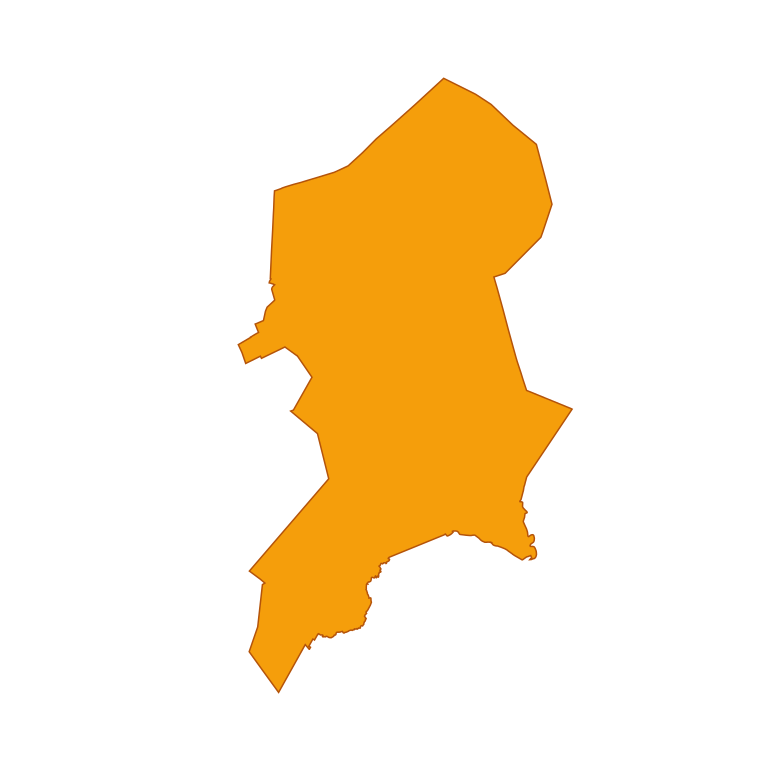 Hellendoorn, Overijssel, Netherlands, rotated 148°
{"feature_id": "6326949B74345201863020", "entity_name": "Hellendoorn", "entity_type": "district", "adm_level": 2, "iso_a3": "NLD", "parent_name": "Netherlands", "parent_adm1": "Overijssel", "projection": "mercator", "projection_center": [6.481, 52.39], "detail": "fine", "context": "isolated", "style": "filled", "palette": "amber", "viewbox_px": 768, "rotation_deg": 148, "n_neighbors": 0, "source": "geoboundaries", "source_scale": "gbopen_adm2", "svg_char_len": 5955}
<svg xmlns="http://www.w3.org/2000/svg" viewBox="0 0 768 768"><g transform="rotate(148 384 384)"><path d="M171.4,611.6L210.4,604.3L243.2,598.7L260.5,596.0L268.6,594.1L279.3,591.6L298.9,588.0L314.1,589.9L348.7,599.3L354.9,601.2L363.1,603.4L366.6,604.2L367.5,604.2L372.1,605.2L374.5,605.8L378.1,600.8L384.6,591.2L387.5,587.1L396.9,573.5L408.2,557.4L424.6,533.6L424.2,533.0L425.9,532.1L426.6,531.8L427.8,530.6L426.8,529.6L425.9,528.5L425.2,527.7L424.2,526.1L426.8,525.5L427.5,525.2L428.4,524.6L429.1,523.7L432.0,513.6L432.4,513.0L442.4,511.1L445.9,508.6L452.4,501.9L452.8,501.7L461.5,503.1L463.1,494.2L466.6,494.4L472.2,494.5L472.2,494.2L486.7,494.6L487.8,485.9L490.4,474.7L474.1,473.1L474.3,470.7L453.2,468.4L448.4,467.9L442.8,454.0L442.6,454.0L441.5,427.9L474.6,409.9L477.5,410.5L466.7,377.2L481.1,332.9L597.3,296.7L592.4,284.2L590.5,278.3L593.4,278.3L619.6,245.2L620.1,244.7L640.2,228.4L638.7,205.4L636.8,178.3L588.9,204.7L588.0,198.7L587.8,198.6L585.8,199.7L585.9,200.0L586.2,200.4L586.7,201.4L579.5,205.4L579.0,204.7L578.6,203.7L572.9,206.8L572.7,206.6L572.0,207.0L571.6,206.5L571.3,206.0L571.1,205.3L570.7,204.7L569.3,203.9L569.1,203.7L569.0,203.4L569.1,202.9L569.2,202.7L569.9,202.6L569.9,202.2L569.8,201.9L568.8,201.4L567.9,200.8L567.5,200.5L566.8,200.7L566.2,200.3L565.7,199.6L565.2,198.5L564.7,197.9L563.8,197.2L563.2,196.8L560.4,196.7L559.5,197.3L559.2,197.4L558.6,197.0L558.0,196.9L557.4,197.2L556.7,198.0L556.4,198.2L556.0,198.4L555.7,198.4L555.4,198.4L552.8,196.9L551.5,196.7L551.1,196.5L550.6,196.1L550.3,196.1L550.3,195.9L550.4,195.1L550.3,194.4L549.6,193.9L548.8,194.0L547.7,193.6L547.0,193.4L546.7,193.4L545.5,193.2L544.4,193.3L543.7,193.1L542.6,192.9L542.2,192.7L541.7,192.0L541.6,191.9L541.0,191.9L540.2,191.7L539.7,191.4L539.3,191.5L539.0,192.0L538.8,192.0L538.4,191.7L537.6,190.9L536.8,191.0L536.5,190.4L536.3,190.2L536.1,190.3L535.9,190.5L535.2,190.3L534.9,190.5L534.2,190.0L533.6,189.6L533.2,189.8L532.6,190.6L532.2,190.9L531.8,191.0L531.1,190.9L530.6,190.3L530.3,190.2L529.6,190.6L528.7,190.8L528.4,191.0L528.0,191.7L527.1,192.3L526.8,192.7L526.5,192.7L525.5,193.0L525.2,193.4L524.6,193.7L524.5,193.8L524.4,194.4L523.5,194.4L523.4,194.9L523.6,195.8L523.6,196.5L523.5,197.0L523.6,197.4L523.5,197.5L523.1,197.6L522.8,198.0L522.2,198.3L521.2,198.5L520.9,198.5L520.4,198.6L520.3,199.4L520.2,199.9L520.0,200.1L519.5,200.5L519.1,200.4L518.5,200.5L517.9,200.8L517.2,201.1L512.6,203.8L510.3,205.6L510.0,206.7L509.6,207.5L508.8,208.9L508.6,209.5L508.8,209.8L510.2,210.4L509.9,210.9L509.4,212.6L509.4,212.8L509.2,213.7L509.2,214.0L509.3,214.7L508.7,215.9L508.4,217.5L508.1,218.3L508.2,219.2L507.5,219.7L506.9,220.8L505.5,222.7L505.1,223.3L504.4,223.4L503.9,223.0L503.9,223.9L503.6,223.9L503.4,223.8L502.3,224.4L501.9,224.3L501.6,224.2L501.4,223.9L499.9,223.8L499.3,224.2L498.8,224.6L497.6,226.1L497.1,226.5L496.8,226.5L496.3,226.2L495.2,224.8L495.1,224.7L494.2,225.0L493.2,225.7L492.9,225.7L492.9,224.8L493.3,224.1L493.3,223.8L492.7,223.8L492.4,224.3L492.1,224.4L491.2,224.5L491.1,224.4L491.0,223.9L491.2,223.3L491.1,223.2L490.6,223.5L490.1,224.5L489.7,224.7L489.6,224.9L489.5,225.5L489.2,225.8L488.9,226.0L488.6,226.0L488.1,226.4L487.9,226.7L487.6,226.8L487.3,226.6L486.8,226.3L486.4,226.3L486.2,226.4L485.9,226.8L485.9,227.0L486.2,227.6L486.2,227.8L486.2,228.1L486.0,228.3L485.0,228.6L484.7,228.7L484.6,228.9L484.6,229.2L484.7,229.3L484.5,231.2L484.7,231.8L484.8,232.1L484.7,232.2L484.6,232.3L483.2,232.3L482.1,233.2L481.6,233.4L481.1,233.1L480.5,232.2L480.4,232.2L480.0,232.4L479.5,232.3L479.0,232.5L478.3,232.0L477.7,231.9L477.4,230.8L477.4,230.7L476.9,230.7L476.0,231.6L473.7,231.4L473.1,231.6L472.3,232.2L472.3,232.3L472.3,232.9L472.8,233.4L472.9,233.5L472.9,233.8L472.6,234.0L472.2,234.2L471.3,234.3L412.9,224.2L411.5,224.3L411.0,221.7L410.7,221.5L410.0,221.3L407.7,221.1L406.1,221.2L404.0,221.7L404.0,222.8L402.9,222.6L402.4,222.1L401.7,221.8L400.9,221.2L400.3,220.7L399.9,220.2L399.7,219.7L399.5,218.7L399.5,217.0L399.4,216.4L399.1,216.0L394.3,212.1L391.2,209.8L389.9,209.1L389.2,208.9L388.4,208.5L387.2,207.8L387.0,207.6L385.2,203.0L384.7,200.6L384.3,199.5L383.9,198.6L382.3,196.3L380.6,195.3L379.9,195.0L378.1,193.8L377.7,193.7L377.3,193.2L377.7,193.3L377.3,192.8L376.9,191.3L376.8,190.1L376.4,189.2L376.0,188.6L375.0,187.5L374.6,187.1L373.8,186.7L371.2,183.5L368.8,180.2L367.7,178.2L366.9,175.9L366.2,174.4L365.9,173.5L365.4,172.5L365.1,171.4L364.7,170.6L364.3,169.6L360.1,161.7L359.9,161.6L359.5,161.5L354.7,161.8L353.1,161.3L351.9,161.1L350.5,160.8L350.7,159.8L350.7,159.2L350.8,158.8L350.9,158.4L351.0,158.2L351.5,158.0L352.0,158.2L352.2,157.9L353.0,158.0L353.5,157.8L351.9,157.0L350.0,156.8L349.5,156.4L348.4,156.4L347.5,156.6L346.4,157.3L345.5,158.1L344.9,158.8L343.9,160.7L343.5,161.7L343.3,162.5L343.1,163.6L342.9,164.5L342.9,165.6L343.0,166.3L343.1,166.6L343.9,167.4L345.9,168.7L345.9,169.2L345.9,169.4L345.6,169.7L344.6,170.4L343.8,170.5L341.9,170.6L341.0,170.7L340.7,170.9L339.7,171.5L339.5,171.9L338.9,172.5L338.7,172.9L338.2,173.5L337.4,175.8L337.3,176.3L337.4,176.9L337.7,177.3L338.2,177.7L339.6,178.1L342.0,177.9L342.3,178.0L342.5,178.6L342.5,178.9L342.3,179.3L341.1,181.7L340.6,183.0L340.0,185.4L339.8,186.3L339.8,187.0L338.9,193.3L338.3,194.1L335.3,196.6L334.8,197.3L333.3,199.1L332.9,199.4L331.2,199.0L330.9,199.1L330.7,199.2L330.6,199.4L330.5,200.3L331.1,202.1L331.1,202.6L331.4,203.9L331.6,204.9L331.6,205.9L331.5,206.5L331.3,206.9L329.3,209.8L329.3,210.0L329.2,210.2L329.4,210.7L329.8,211.2L330.6,211.8L331.1,212.3L330.8,212.7L329.7,213.1L328.9,213.5L328.7,213.7L323.1,219.0L322.4,219.6L319.7,222.7L318.4,223.7L315.6,226.4L314.8,227.1L314.4,227.5L312.3,229.5L237.8,263.0L238.2,263.7L254.6,286.5L266.5,303.0L263.8,314.0L261.9,321.1L261.2,324.0L259.1,332.6L258.1,336.2L254.1,349.7L249.8,364.1L243.3,385.1L237.3,405.2L234.1,416.5L222.6,413.7L173.2,425.3L167.8,429.6L146.3,447.4L138.7,471.2L127.8,506.5L137.6,535.4L145.0,564.3L152.8,581.2L171.4,611.6Z" fill="#f59e0b" stroke="#b45309" stroke-width="1.5"/></g></svg>